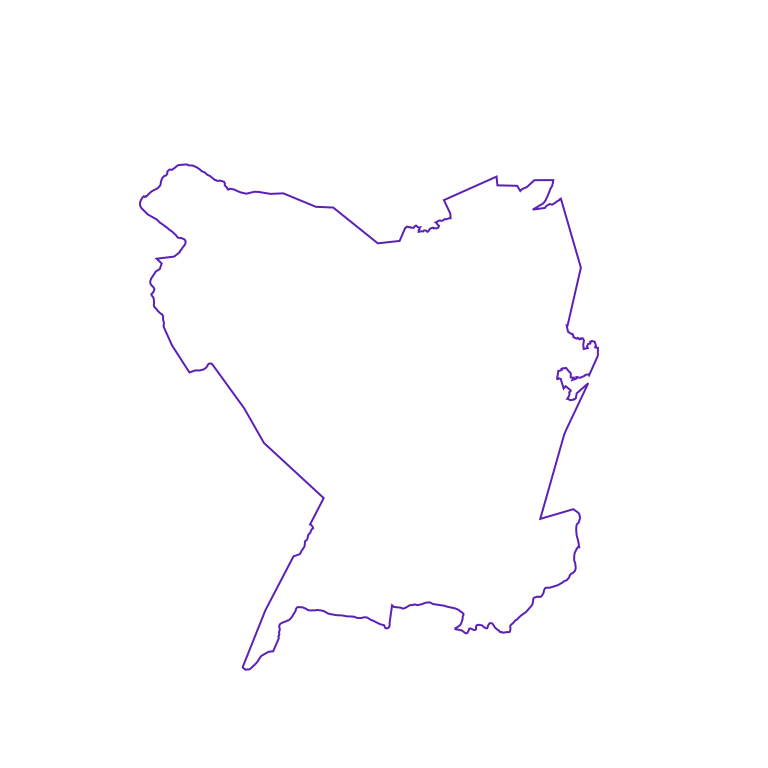 the district of Santos Reyes Nopala, Oaxaca, Mexico, rotated 340°
{"feature_id": "50627088B74291328650735", "entity_name": "Santos Reyes Nopala", "entity_type": "district", "adm_level": 2, "iso_a3": "MEX", "parent_name": "Mexico", "parent_adm1": "Oaxaca", "projection": "orthographic", "projection_center": [-97.189, 16.083], "detail": "fine", "context": "isolated", "style": "outline", "palette": "violet", "viewbox_px": 768, "rotation_deg": 340, "n_neighbors": 0, "source": "geoboundaries", "source_scale": "gbopen_adm2", "svg_char_len": 6166}
<svg xmlns="http://www.w3.org/2000/svg" viewBox="0 0 768 768"><g transform="rotate(340 384 384)"><path d="M503.2,231.7L504.6,246.6L503.3,250.9L502.9,250.6L498.7,250.5L497.6,249.8L495.5,250.5L494.4,250.4L493.5,250.2L492.2,249.3L487.8,249.8L488.4,250.6L489.0,252.9L489.8,254.2L488.5,255.6L486.7,255.8L484.7,254.8L483.8,254.7L483.6,253.9L481.4,253.7L479.9,254.1L477.7,255.7L476.9,255.9L475.9,254.2L474.6,253.5L473.9,253.4L472.9,254.0L470.9,253.1L468.6,252.9L469.2,251.2L470.3,250.7L470.8,249.4L471.3,249.1L470.4,248.9L469.8,248.5L468.7,247.0L468.6,246.3L467.6,246.0L466.3,246.6L465.3,247.4L462.7,246.2L462.3,245.5L461.6,245.5L459.3,243.9L458.1,244.6L457.4,244.5L447.6,254.9L426.3,249.7L396.6,200.8L380.6,194.2L354.6,170.4L342.3,166.5L332.0,160.7L327.9,159.0L319.7,158.1L314.5,154.7L309.3,149.7L305.9,147.7L304.1,148.1L303.6,147.2L303.7,145.9L302.3,142.8L303.0,141.4L302.9,139.4L301.0,137.8L300.3,137.6L299.3,136.7L297.0,136.3L295.6,134.7L294.8,134.5L293.9,132.7L291.6,129.0L289.2,126.6L288.2,124.2L285.4,121.5L284.4,119.5L282.4,116.7L279.0,113.3L275.0,111.6L273.8,110.2L265.8,108.0L263.9,108.3L261.1,109.4L257.9,110.2L255.9,109.1L253.5,110.0L252.5,111.2L252.2,112.5L250.4,113.5L248.6,113.4L246.3,114.5L243.9,117.1L242.1,120.4L240.8,121.4L238.1,122.7L232.1,123.4L230.1,124.0L224.5,126.6L223.8,125.3L223.8,125.9L223.0,126.3L222.3,125.5L220.8,126.2L219.0,127.6L217.1,129.6L216.1,131.8L215.9,133.3L216.1,135.5L220.1,144.0L226.8,151.8L228.6,155.7L230.0,157.5L234.1,163.7L235.3,166.0L237.1,168.5L239.4,173.0L240.2,175.8L242.7,177.3L243.4,177.4L245.3,179.3L245.5,179.3L246.3,180.9L246.3,182.4L245.3,184.1L244.1,185.3L241.6,186.8L239.6,188.4L238.0,189.1L237.0,190.3L230.4,192.5L213.2,188.5L216.3,194.7L212.6,199.3L208.1,200.2L201.5,205.1L200.0,206.8L199.1,208.3L198.9,210.2L199.1,211.4L200.5,214.3L200.7,216.2L199.5,218.0L197.3,219.6L196.1,220.0L196.0,221.3L196.8,223.6L196.7,225.4L195.7,229.1L194.6,231.4L194.6,233.3L195.8,235.7L196.4,238.0L198.4,241.7L199.3,242.7L199.6,244.7L198.6,247.3L198.1,251.4L196.5,254.7L198.0,275.2L205.1,306.6L210.9,306.7L212.6,307.1L215.6,308.3L217.5,308.3L219.0,308.7L222.3,307.9L224.1,306.7L225.3,305.5L226.4,305.0L228.6,305.6L229.5,307.2L244.3,359.0L251.0,398.3L288.3,470.6L266.5,490.7L267.4,491.5L268.1,493.8L268.1,495.3L266.6,495.8L265.3,496.8L263.8,498.6L261.9,499.5L261.0,500.2L259.2,503.1L258.3,504.0L255.9,504.9L254.8,507.5L253.5,509.7L249.3,512.7L246.8,515.1L240.0,515.0L195.2,556.0L154.4,601.7L154.6,602.6L156.2,605.2L157.5,605.3L159.5,606.1L161.5,605.7L167.7,603.0L170.1,601.7L174.7,598.1L176.1,597.5L182.1,596.4L184.5,596.2L188.4,597.3L197.8,587.4L198.5,586.0L198.5,584.9L199.6,584.0L200.3,582.8L200.2,581.7L202.2,579.0L202.5,576.5L203.1,575.0L204.5,573.9L207.2,573.5L210.9,573.5L212.4,573.2L213.6,573.5L216.1,572.4L217.9,571.3L223.3,567.0L224.3,565.4L225.0,564.7L226.6,564.1L231.2,566.1L234.0,568.7L235.1,570.3L236.6,571.3L242.1,573.2L244.1,573.5L247.8,575.5L249.9,576.9L252.6,580.2L254.4,581.6L260.5,585.1L265.4,587.1L270.1,589.9L272.5,590.7L276.4,592.5L278.2,594.2L280.8,595.5L282.5,596.1L285.4,596.4L287.5,597.2L288.4,597.8L291.1,601.3L292.7,602.6L298.1,608.3L301.5,610.7L301.8,613.9L302.0,614.1L303.0,614.5L304.2,614.7L305.0,614.6L306.2,613.6L306.9,612.5L307.4,610.7L315.9,594.7L317.1,596.9L323.4,600.0L324.2,600.9L325.3,601.7L328.2,601.6L331.8,600.8L333.7,600.9L335.4,601.6L336.5,601.4L338.1,602.0L339.4,603.1L344.1,603.9L346.9,603.7L349.3,604.0L350.8,604.3L352.8,605.2L354.7,607.5L364.7,612.9L367.4,615.0L374.0,619.1L376.6,621.5L379.7,626.2L380.0,627.2L379.9,627.9L378.3,629.6L377.5,631.8L374.7,635.3L373.5,636.4L372.2,636.9L369.7,637.6L367.7,637.8L367.2,638.7L368.3,639.5L370.3,640.5L371.0,641.2L372.7,642.0L375.4,646.1L376.5,646.5L377.4,646.3L379.7,644.1L380.2,643.2L381.0,643.1L381.7,643.3L384.5,646.1L385.5,646.2L386.7,645.9L387.5,643.5L388.2,642.7L389.0,642.4L390.8,642.7L393.5,644.3L395.0,647.0L396.2,648.4L397.4,648.8L398.0,648.3L399.1,646.6L401.2,645.1L402.1,645.0L403.1,645.5L403.8,646.1L404.5,648.2L404.9,650.6L406.6,653.8L407.7,655.0L407.9,656.2L408.3,656.7L409.1,657.2L409.8,657.2L410.0,657.8L410.7,658.4L415.2,659.3L416.5,660.0L417.2,660.0L417.9,659.4L419.2,657.2L419.4,655.5L420.7,653.8L423.5,652.8L426.2,651.2L428.3,650.8L433.6,648.4L439.5,646.8L446.7,642.9L448.5,641.4L450.6,637.4L451.7,636.2L454.7,636.2L455.8,636.4L456.7,637.2L457.6,637.2L458.4,637.5L459.9,637.0L462.5,634.8L464.1,632.2L465.8,630.9L467.6,631.1L469.8,632.1L478.6,632.5L483.3,631.7L486.4,630.8L488.6,630.9L491.8,629.1L492.5,628.4L492.7,627.7L494.1,626.7L495.1,626.3L496.8,626.2L499.4,625.0L501.0,623.0L501.4,621.8L502.3,618.3L502.4,614.7L503.9,610.7L505.3,608.1L508.1,605.3L510.2,603.7L511.6,604.2L512.8,597.9L513.3,591.9L514.7,586.8L516.3,583.1L517.3,581.8L519.6,580.8L522.5,576.8L522.6,575.3L523.0,573.9L522.9,572.4L522.1,570.8L519.1,566.4L484.7,564.2L535.9,493.3L538.9,490.0L576.2,453.1L561.9,458.7L559.4,462.9L558.2,463.5L557.2,463.2L556.8,463.6L553.5,462.9L551.9,461.0L551.1,460.6L553.6,458.7L554.2,457.9L554.8,457.1L555.2,455.1L556.7,454.8L557.3,453.8L553.9,448.2L551.3,449.7L551.7,440.6L551.9,439.9L551.4,439.3L550.2,438.5L548.9,438.9L548.4,438.4L552.3,431.3L554.3,431.7L555.9,431.6L556.0,430.4L558.1,430.5L558.6,431.0L560.2,431.0L560.6,431.2L562.2,435.9L562.7,436.4L563.1,438.0L561.7,441.7L564.5,443.0L562.5,444.6L566.4,444.8L567.1,444.4L567.4,443.7L567.3,443.4L568.1,443.5L568.6,444.2L570.3,445.2L575.5,444.9L576.2,444.3L579.5,444.9L579.7,446.0L594.6,430.6L597.4,423.2L595.1,422.0L595.0,421.6L595.5,421.6L596.0,421.2L596.3,420.4L596.4,416.2L594.6,415.2L594.2,414.6L592.3,414.8L592.4,415.5L591.6,416.6L589.6,416.1L587.5,418.3L587.8,419.9L583.6,419.4L584.7,415.2L586.8,411.4L586.4,409.1L584.5,409.0L584.5,408.4L582.9,408.8L581.9,406.9L580.7,407.3L580.2,407.0L578.0,404.7L578.4,403.5L578.3,401.6L577.9,401.7L576.6,400.3L574.8,397.8L575.7,391.3L576.6,391.7L608.8,342.0L613.6,270.3L612.6,270.4L611.5,271.2L609.1,271.5L606.7,272.4L603.2,273.0L601.3,271.5L597.0,272.4L595.5,273.6L583.4,271.0L595.6,268.7L598.4,266.9L602.1,263.2L607.2,257.5L609.6,255.5L611.4,252.9L612.8,250.3L595.0,243.9L585.7,247.8L581.2,248.0L579.3,248.5L578.1,249.2L576.9,243.3L558.5,236.1L560.7,227.6L503.2,231.7Z" fill="none" stroke="#5b21b6" stroke-width="2"/></g></svg>